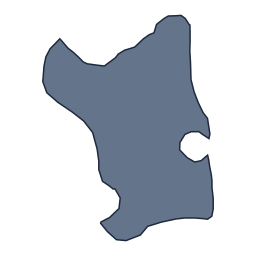 the district of Lankaran District, Lankaran, Azerbaijan
{"feature_id": "54616110B2076465815790", "entity_name": "Lankaran District", "entity_type": "district", "adm_level": 2, "iso_a3": "AZE", "parent_name": "Azerbaijan", "parent_adm1": "Lankaran", "projection": "equal_earth", "projection_center": [48.748, 38.769], "detail": "fine", "context": "isolated", "style": "filled", "palette": "slate", "viewbox_px": 256, "rotation_deg": 0, "n_neighbors": 0, "source": "geoboundaries", "source_scale": "gbopen_adm2", "svg_char_len": 1200}
<svg xmlns="http://www.w3.org/2000/svg" viewBox="0 0 256 256"><path d="M209.0,138.6L209.9,133.9L207.5,118.4L203.0,112.5L198.3,102.8L194.1,91.9L191.0,79.6L190.5,62.6L189.8,50.7L190.1,41.8L190.1,31.4L189.9,24.9L189.2,24.6L185.2,18.4L181.0,15.4L175.1,15.8L168.3,16.0L164.2,18.4L159.8,21.8L156.5,24.5L154.0,32.8L149.2,34.7L143.4,38.8L134.7,47.1L124.6,50.2L118.2,54.1L115.6,57.6L108.1,63.2L106.6,64.3L104.4,66.0L95.9,65.0L87.3,63.8L83.3,62.0L79.1,57.7L73.4,52.4L68.0,48.2L62.0,41.2L59.8,38.8L54.4,44.4L50.1,48.8L45.9,56.8L44.0,66.2L42.8,81.5L46.8,92.7L57.8,102.3L71.9,111.8L83.7,121.0L92.6,132.4L97.1,148.9L98.8,161.1L98.8,169.6L102.5,181.3L110.0,186.4L113.1,189.0L115.0,188.9L120.2,198.0L119.0,208.5L109.6,217.5L101.1,221.9L100.6,223.3L103.5,226.8L107.4,231.6L116.4,239.7L126.1,240.6L140.4,235.0L147.7,226.3L161.4,222.1L175.8,219.0L184.5,218.0L195.1,218.0L203.8,218.7L207.6,219.2L210.3,217.3L211.8,216.3L213.2,209.0L213.2,198.3L212.0,187.8L212.0,181.0L211.3,174.7L209.7,166.7L208.7,159.9L207.6,155.1L201.1,160.7L194.6,162.0L190.7,159.7L187.3,157.8L179.7,149.9L179.8,145.9L179.9,142.6L184.9,134.4L191.2,131.7L199.0,131.7L202.5,134.4L209.0,138.6Z" fill="#64748b" stroke="#1e293b" stroke-width="1.5"/></svg>